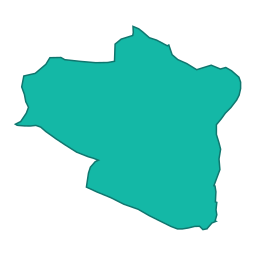 the district of Koytendag, Chardzhou, Turkmenistan
{"feature_id": "10190150B64529450546528", "entity_name": "Koytendag", "entity_type": "district", "adm_level": 2, "iso_a3": "TKM", "parent_name": "Turkmenistan", "parent_adm1": "Chardzhou", "projection": "orthographic", "projection_center": [66.04, 37.77], "detail": "fine", "context": "isolated", "style": "filled", "palette": "teal", "viewbox_px": 256, "rotation_deg": 0, "n_neighbors": 0, "source": "geoboundaries", "source_scale": "gbopen_adm2", "svg_char_len": 1254}
<svg xmlns="http://www.w3.org/2000/svg" viewBox="0 0 256 256"><path d="M18.0,125.4L24.3,125.9L30.2,126.0L35.9,125.4L40.7,127.1L45.9,131.6L54.2,137.5L55.5,138.5L65.3,145.0L76.7,152.2L88.1,156.7L93.6,158.3L93.8,158.4L98.4,160.2L95.2,161.7L90.4,167.2L88.5,173.0L86.4,187.1L97.0,192.0L110.9,197.7L124.0,204.3L138.0,209.2L149.5,215.8L162.6,222.3L170.9,226.4L177.4,228.9L182.4,228.9L188.1,228.0L194.7,226.4L199.6,226.3L202.9,229.6L207.0,228.8L207.0,228.7L211.9,223.0L216.0,221.3L215.1,220.9L216.8,214.8L216.0,209.8L216.8,202.4L215.4,201.9L215.9,191.8L215.0,186.0L213.9,185.7L219.9,169.6L219.0,159.0L220.6,149.2L218.9,142.6L216.4,134.5L216.4,124.7L221.2,118.9L225.3,113.2L231.0,107.4L236.6,100.1L239.1,95.2L240.6,88.6L240.6,82.1L238.9,77.2L231.6,70.8L225.8,67.5L220.4,69.0L211.2,65.2L204.1,67.4L196.7,69.7L186.8,63.6L177.8,59.6L172.1,54.7L168.8,45.0L167.3,45.8L156.6,40.1L149.3,37.7L142.8,32.0L138.7,28.8L134.2,26.9L133.0,26.4L133.3,32.7L132.7,35.5L121.2,39.1L115.1,44.1L114.5,61.3L107.8,62.5L95.6,62.7L80.5,61.4L72.2,60.5L64.8,59.7L60.9,57.5L49.9,57.7L45.9,64.3L35.2,73.4L23.8,76.0L23.5,77.6L21.7,86.9L24.4,94.4L25.8,101.8L26.6,103.3L28.5,107.3L26.3,113.2L20.7,121.5L15.4,124.2L17.0,125.2L18.0,125.4Z" fill="#14b8a6" stroke="#0f766e" stroke-width="1.5"/></svg>